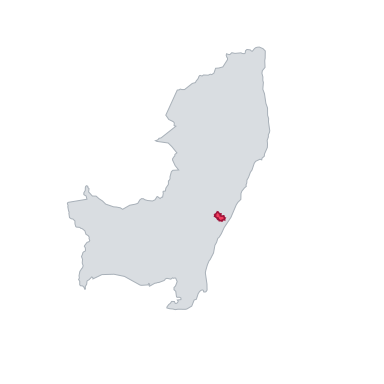 Huaraz, Áncash, Peru (highlighted), rotated 231°
{"feature_id": "86281439B31428964114351", "entity_name": "Huaraz", "entity_type": "district", "adm_level": 2, "iso_a3": "PER", "parent_name": "Peru", "parent_adm1": "Áncash", "projection": "robinson", "projection_center": [-77.639, -9.574], "detail": "fine", "context": "in_parent", "style": "filled", "palette": "rose", "viewbox_px": 384, "rotation_deg": 231, "n_neighbors": 0, "source": "geoboundaries", "source_scale": "gbopen_adm2", "svg_char_len": 6055}
<svg xmlns="http://www.w3.org/2000/svg" viewBox="0 0 384 384"><g transform="rotate(231 192 192)"><path d="M263.3,113.0L263.2,114.1L262.0,114.6L261.0,113.9L259.4,114.1L257.1,111.7L251.6,112.0L249.1,114.9L245.4,115.5L241.4,116.8L236.9,117.3L229.7,121.8L228.1,123.6L224.9,126.3L222.2,127.2L220.9,135.3L218.3,140.1L217.3,142.7L218.7,146.6L218.6,148.6L217.2,150.1L216.0,150.3L213.5,152.0L209.9,155.6L209.2,158.3L210.4,162.0L210.0,162.4L207.0,163.1L207.1,165.1L206.5,165.9L209.0,168.8L210.4,169.5L210.5,170.3L210.2,171.0L209.7,171.3L209.6,172.0L211.5,174.2L212.8,178.5L215.4,180.6L215.5,182.0L216.2,183.4L217.6,184.4L220.8,188.8L220.9,190.8L217.5,195.5L223.0,195.5L229.1,197.0L230.0,197.8L230.7,199.9L230.8,201.2L232.0,202.4L231.9,204.9L239.9,204.9L245.1,204.3L253.5,196.5L254.9,195.9L254.2,197.6L254.1,198.8L254.5,200.1L253.5,202.0L253.3,220.9L254.9,219.9L256.8,221.7L258.2,221.8L262.9,219.6L268.2,220.0L280.5,244.7L279.4,246.4L279.4,247.6L277.9,248.7L276.3,250.7L276.2,260.5L274.9,263.5L275.6,265.0L276.3,268.2L277.4,270.0L277.7,271.2L277.5,271.7L275.8,272.8L275.7,274.6L272.6,278.1L272.0,280.4L270.8,281.2L270.6,283.9L273.3,288.2L271.5,290.8L269.8,294.7L272.5,302.8L273.7,303.9L274.9,303.9L276.7,304.6L277.7,305.8L275.4,307.3L275.0,308.0L275.2,310.6L272.7,312.6L269.3,317.7L268.4,318.0L266.7,319.5L266.4,320.3L266.7,321.0L268.1,322.5L268.2,324.4L265.8,326.7L264.1,326.9L263.4,327.5L264.1,330.7L264.1,332.1L263.5,333.7L262.3,335.5L258.7,337.4L255.5,337.7L250.0,333.1L248.3,331.2L242.9,327.2L242.0,323.0L240.2,321.0L236.8,319.5L234.2,317.3L232.2,316.4L227.3,311.7L222.8,310.2L214.4,305.2L209.8,303.6L204.0,299.0L200.9,297.8L198.4,295.6L190.7,291.0L189.5,289.6L188.4,287.3L186.7,286.0L184.8,282.9L181.9,281.0L179.2,278.6L175.9,272.2L174.3,270.7L174.2,267.7L173.1,266.4L174.7,265.4L175.8,260.8L175.2,258.5L171.3,252.4L170.6,249.8L167.8,245.1L166.7,242.2L164.5,240.2L163.5,238.4L162.2,237.7L162.2,235.5L161.3,231.3L160.1,229.2L155.5,225.3L155.1,221.1L154.1,218.2L147.8,206.3L144.2,194.8L141.1,188.5L139.8,184.8L139.7,182.8L137.4,179.4L136.2,176.3L131.1,170.4L128.1,163.7L127.7,161.8L125.7,158.1L122.4,153.4L120.8,151.5L110.9,145.6L106.3,142.0L105.7,140.2L106.0,139.2L107.0,138.2L108.4,138.9L109.2,138.6L109.9,137.3L109.9,135.3L109.1,132.8L105.9,127.9L106.7,125.7L103.5,120.0L104.3,114.4L105.0,113.0L109.7,107.4L111.1,105.0L113.1,103.5L115.2,101.3L117.7,99.5L118.4,100.1L119.2,103.1L119.1,105.1L119.8,107.3L118.0,109.4L116.1,108.9L115.4,109.4L115.1,110.4L115.4,111.9L115.9,112.6L117.3,112.6L115.4,115.6L115.6,116.1L116.9,116.7L118.2,115.9L119.5,114.2L120.3,114.0L125.1,116.9L127.4,116.5L129.1,117.9L129.3,120.0L131.7,124.1L135.3,125.1L135.9,124.7L136.7,123.2L137.5,123.0L137.6,120.7L140.7,118.2L141.2,116.6L140.8,115.4L140.8,114.5L142.6,109.1L143.2,108.5L143.8,106.8L144.5,105.7L145.5,99.7L146.4,99.7L147.2,101.2L148.2,100.8L147.6,99.4L147.8,98.9L151.2,94.1L152.3,93.1L168.9,86.4L177.2,79.6L184.5,70.0L186.8,60.3L187.7,61.0L189.1,60.7L188.6,56.8L188.9,55.0L188.9,54.4L186.6,52.1L185.7,49.5L183.7,48.1L183.8,47.5L185.9,48.1L187.8,47.9L189.4,46.3L190.6,46.4L193.3,48.6L195.4,48.8L196.0,50.3L198.0,51.5L200.8,54.8L202.0,58.5L201.9,59.1L203.2,61.0L205.9,62.0L208.6,64.6L211.4,65.5L212.6,67.9L213.4,68.7L213.7,70.1L213.3,71.7L213.7,72.5L215.8,74.0L217.5,74.1L217.9,74.7L218.9,78.7L218.2,80.8L218.5,81.9L220.8,82.8L221.5,83.7L223.3,83.9L225.9,83.0L229.2,84.3L231.7,83.8L232.8,83.5L234.0,82.6L235.0,82.6L237.5,80.1L238.2,79.9L240.9,81.0L243.2,82.8L246.0,82.4L247.2,81.3L249.2,80.7L252.9,82.9L253.7,83.9L254.8,84.1L258.7,86.2L259.4,87.1L261.5,87.9L261.9,88.6L261.8,89.4L252.5,105.8L255.4,107.2L258.0,106.3L259.4,107.4L260.4,110.1L262.6,111.9L263.3,113.0Z" fill="#d9dde1" stroke="#a8b0b8" stroke-width="1"/><path d="M156.9,200.7L157.0,200.6L157.1,200.4L157.1,200.2L157.0,199.9L157.2,199.7L157.3,199.6L157.5,199.5L157.8,199.6L158.0,199.5L158.3,199.7L158.5,199.7L158.8,199.6L159.0,199.6L159.3,199.6L159.6,199.5L159.8,199.5L160.0,199.7L160.3,199.4L160.5,199.3L160.7,199.2L160.5,198.9L160.4,198.8L160.4,198.7L160.4,198.4L160.3,198.2L160.2,198.1L160.2,197.8L160.1,197.7L160.1,197.4L160.1,197.2L159.9,196.9L159.9,196.7L159.8,196.4L160.0,196.4L160.1,196.2L160.2,195.9L159.9,195.7L160.0,195.5L160.0,195.4L160.0,195.2L159.9,195.2L159.7,195.0L159.4,195.0L159.3,194.9L159.2,194.9L158.9,194.7L158.8,194.4L158.7,194.5L158.4,194.5L158.2,194.5L157.9,194.7L157.9,194.8L157.8,194.7L157.7,194.7L157.7,194.8L157.3,194.8L157.2,194.8L156.9,194.9L156.8,195.0L156.7,195.0L156.4,194.9L156.2,194.9L156.3,195.1L156.2,195.2L156.0,195.3L155.9,195.3L155.8,195.6L155.7,195.7L155.5,195.8L155.4,195.8L155.3,196.0L155.2,196.0L155.1,195.9L155.1,195.7L154.9,195.6L154.9,195.4L155.0,195.3L154.9,195.3L154.9,195.2L154.7,194.9L154.6,195.0L154.4,195.0L154.2,194.9L153.9,194.9L153.9,195.0L153.7,195.2L153.7,195.3L153.7,195.5L153.4,195.7L153.1,195.6L152.9,195.7L152.7,195.7L152.5,195.4L152.4,195.3L152.3,195.5L152.2,195.5L151.9,195.8L151.8,196.0L151.7,196.1L151.6,196.4L151.4,196.5L151.5,196.6L151.5,196.8L151.4,196.9L151.3,197.0L151.3,197.3L151.2,197.4L151.1,197.5L151.0,197.4L150.8,197.4L150.7,197.4L150.7,197.5L150.5,197.4L150.5,197.5L150.8,197.7L150.8,197.8L150.8,198.0L151.0,198.3L151.0,198.5L150.9,198.7L150.9,198.8L150.8,199.0L150.7,199.1L150.5,199.3L150.4,199.4L150.4,199.5L150.3,199.8L150.2,199.8L149.8,199.9L149.9,200.0L150.0,200.0L150.3,200.2L150.5,200.3L150.5,200.2L150.6,200.3L150.7,200.2L150.8,200.1L150.8,200.4L150.7,200.5L150.7,200.8L150.8,200.9L150.8,201.0L150.9,201.3L151.0,201.2L151.3,201.2L151.5,201.2L151.8,201.1L152.0,201.1L152.3,201.1L152.5,201.1L152.8,201.3L153.0,201.4L153.0,201.5L153.3,201.5L153.5,201.7L153.8,201.4L153.9,201.2L153.9,200.9L154.0,200.8L154.1,200.7L154.2,200.4L154.2,200.1L154.3,200.0L154.4,199.9L154.5,199.9L154.6,200.0L154.8,199.9L155.0,199.8L155.1,199.7L155.1,199.4L155.3,199.3L155.4,199.2L155.5,199.1L155.6,198.9L155.8,198.9L155.9,199.0L155.8,199.3L155.9,199.2L156.0,199.1L156.1,199.3L156.2,199.5L156.3,199.5L156.5,199.6L156.5,199.8L156.7,200.0L156.8,200.1L156.7,200.3L156.8,200.3L156.8,200.5L156.9,200.7Z" fill="#f43f5e" stroke="#9f1239" stroke-width="1.5"/></g></svg>